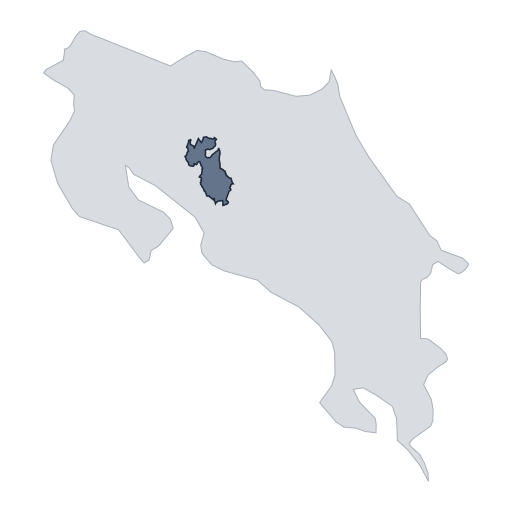 location of San Ramon, Alajuela, Costa Rica
{"feature_id": "36466004B75539048151546", "entity_name": "San Ramon", "entity_type": "district", "adm_level": 2, "iso_a3": "CRI", "parent_name": "Costa Rica", "parent_adm1": "Alajuela", "projection": "robinson", "projection_center": [-84.596, 10.217], "detail": "fine", "context": "in_parent", "style": "filled", "palette": "slate", "viewbox_px": 512, "rotation_deg": 0, "n_neighbors": 0, "source": "geoboundaries", "source_scale": "gbopen_adm2", "svg_char_len": 7346}
<svg xmlns="http://www.w3.org/2000/svg" viewBox="0 0 512 512"><path d="M468.4,263.7L467.7,266.4L465.5,269.2L462.3,272.0L458.2,273.9L448.1,268.1L438.2,261.5L432.7,264.6L430.7,273.1L427.0,277.5L422.5,279.3L420.6,282.1L420.2,311.1L420.6,338.3L428.1,339.0L440.6,348.4L445.9,354.0L447.6,359.1L446.1,361.7L436.9,367.6L428.0,375.1L423.6,384.5L431.4,399.7L433.1,410.0L432.8,420.8L430.7,426.0L413.4,438.4L409.6,442.7L410.1,445.8L419.6,454.4L424.2,462.7L427.9,472.6L428.5,481.3L419.8,465.2L407.8,449.9L397.4,440.5L396.6,418.5L392.4,406.5L376.7,395.5L363.3,387.8L353.3,389.4L359.4,402.0L375.2,418.3L376.2,424.5L376.0,432.8L365.2,431.5L355.6,428.1L343.9,427.1L336.2,422.1L319.7,402.7L331.4,386.2L335.0,375.3L334.7,352.8L332.0,341.9L319.3,325.3L299.1,307.1L270.9,292.2L257.6,280.2L224.5,271.0L212.0,264.9L202.1,253.6L200.7,245.5L204.1,233.0L195.0,217.1L155.6,185.8L133.6,174.3L128.9,167.6L125.4,165.5L128.8,187.0L138.4,200.0L163.5,212.2L170.4,219.2L173.2,228.4L158.6,246.0L151.2,250.5L149.0,260.1L144.2,263.0L139.2,257.4L118.8,229.9L79.4,216.6L72.3,208.5L57.7,183.4L50.9,160.4L53.4,145.0L69.6,121.2L74.6,110.8L73.6,104.3L74.2,94.9L68.1,88.3L53.2,79.8L43.6,72.9L46.2,69.5L63.4,60.2L64.5,51.9L64.4,49.1L67.2,48.5L69.7,46.3L71.3,44.0L75.9,36.0L80.0,31.4L84.8,30.7L90.5,34.1L112.1,42.7L136.2,52.3L170.4,66.0L184.6,57.2L196.8,50.5L205.3,51.5L223.7,59.3L234.8,61.8L241.6,61.0L253.3,72.4L259.8,81.0L260.8,86.7L264.4,89.8L273.6,90.5L296.0,96.3L309.7,95.2L322.2,89.0L329.1,81.7L331.2,70.0L334.3,75.8L338.0,84.8L339.7,96.4L355.9,135.2L368.8,157.0L397.0,196.5L409.2,203.8L429.9,235.6L437.0,240.9L441.1,250.3L462.4,258.0L468.4,263.7Z" fill="#d9dde1" stroke="#a8b0b8" stroke-width="1"/><path d="M231.0,178.2L230.6,178.3L230.4,178.4L230.2,178.3L229.8,178.2L229.6,177.9L229.3,177.7L228.8,177.6L228.6,177.4L228.2,177.2L228.1,176.8L227.9,176.7L227.7,176.3L227.1,176.1L226.8,175.8L226.6,175.4L226.4,175.5L226.4,174.9L226.0,174.8L225.8,174.6L225.8,174.0L225.9,173.8L225.9,173.5L225.8,173.3L225.6,173.2L225.7,172.9L225.5,172.7L225.3,172.7L225.3,172.3L225.3,172.0L225.1,171.8L225.0,171.7L224.8,171.5L224.8,171.4L224.9,171.1L224.7,171.1L224.3,171.0L224.2,170.8L223.8,170.6L223.5,170.5L223.4,170.2L223.2,170.1L223.2,169.8L222.7,169.4L222.4,169.4L222.0,169.1L221.7,169.1L221.4,168.8L221.1,168.8L221.0,168.6L220.6,168.6L220.2,168.5L220.2,168.3L220.4,168.0L220.3,167.5L220.1,167.3L220.0,167.0L220.1,166.5L219.9,164.9L220.0,164.5L220.1,164.4L220.1,164.2L219.8,162.8L219.7,162.6L219.5,161.4L219.5,161.0L219.4,160.7L219.2,160.0L219.4,156.2L219.7,155.0L220.0,154.4L220.1,153.1L219.8,152.6L219.8,150.9L219.1,149.3L218.9,148.6L218.8,148.4L218.6,148.4L218.5,148.5L218.3,149.2L218.1,149.7L218.1,150.1L217.5,150.8L217.0,151.2L216.2,151.5L215.0,152.7L214.2,153.3L213.2,153.9L212.9,154.3L212.1,154.9L211.8,155.3L211.4,156.1L211.1,156.5L209.9,157.7L209.4,157.7L208.7,157.6L206.8,157.6L206.3,157.2L205.5,156.2L205.4,155.5L205.3,154.6L205.3,154.2L205.5,153.9L205.6,153.2L205.6,152.9L205.4,152.3L205.4,151.8L205.4,150.2L205.5,149.8L206.6,149.8L207.3,149.3L207.4,149.1L207.6,149.0L208.0,149.0L208.3,149.2L209.1,149.4L209.3,149.5L209.6,149.6L210.0,149.6L210.1,149.4L210.4,149.2L210.9,149.1L211.4,148.8L212.1,148.7L212.6,148.6L212.8,148.4L212.9,148.1L213.6,147.3L214.0,146.9L214.4,146.7L215.0,146.2L215.1,145.8L215.5,145.3L215.6,144.4L215.6,143.6L215.4,143.2L215.1,142.8L215.0,142.5L215.0,141.3L215.2,140.8L215.6,140.0L215.7,139.9L216.3,139.7L216.5,139.5L216.5,139.3L215.9,138.8L215.7,138.8L215.6,138.6L215.2,138.5L215.1,138.2L214.9,137.8L214.7,137.8L214.3,137.6L214.2,137.9L214.3,138.5L213.6,138.8L213.3,139.0L211.8,139.0L211.7,138.9L211.7,138.7L211.3,138.5L210.8,138.4L210.1,138.4L209.9,138.3L209.4,138.3L209.1,138.5L208.9,138.5L208.5,138.1L207.4,137.6L207.3,137.4L207.0,137.1L206.6,136.9L206.2,136.8L205.6,136.9L205.1,137.0L204.8,137.1L203.5,137.3L203.3,137.4L203.2,137.7L203.2,138.0L203.3,138.2L203.3,138.7L203.2,139.3L202.5,140.0L202.5,140.5L202.2,141.1L202.1,141.4L201.5,142.0L201.2,142.5L198.4,138.6L194.3,148.1L194.2,148.0L194.2,147.6L193.8,147.0L193.6,146.6L193.6,146.1L193.0,145.6L192.4,145.5L191.3,144.8L190.8,144.9L190.7,144.7L190.2,143.0L190.2,142.6L190.4,142.2L190.3,141.4L190.7,140.6L190.9,140.2L190.8,139.8L190.6,139.6L190.3,139.6L190.0,140.1L189.2,140.1L188.6,140.6L188.5,140.8L188.5,142.5L188.2,143.3L187.7,144.3L187.3,145.7L186.9,146.4L186.6,146.9L186.7,147.3L186.9,147.6L187.2,147.9L187.7,148.0L187.8,148.2L188.1,149.7L188.1,150.3L188.4,150.9L188.4,151.5L187.9,151.8L187.6,151.9L187.4,152.0L187.3,152.5L187.0,152.9L187.0,153.5L186.7,154.2L186.7,154.4L186.3,155.3L185.7,156.1L185.3,156.1L185.0,156.3L185.2,156.7L185.5,157.2L185.6,157.6L186.0,158.2L186.0,159.2L186.3,159.5L186.5,160.4L186.9,160.7L187.1,161.2L187.4,161.5L188.1,162.2L188.4,162.2L188.5,162.7L188.6,162.9L188.6,163.6L188.6,164.5L188.8,164.8L189.1,165.2L189.9,165.7L191.1,165.9L191.6,166.1L191.9,166.0L192.2,166.0L192.8,166.3L193.1,166.3L193.2,166.0L193.3,165.9L193.7,165.8L193.9,165.7L194.2,164.9L194.2,164.6L194.0,164.1L194.0,163.9L194.1,163.7L194.3,163.7L194.6,163.9L195.1,163.9L195.2,164.1L195.3,164.2L196.3,164.6L196.6,164.6L197.3,163.6L197.4,163.3L197.5,162.7L198.4,162.0L198.8,161.5L199.0,161.5L199.6,161.7L199.8,161.9L200.2,162.1L200.2,163.4L200.8,164.1L200.8,164.4L200.8,164.8L201.1,165.3L201.2,165.8L201.6,166.1L202.4,167.2L202.4,167.3L202.2,167.8L202.1,168.2L202.2,168.4L202.6,168.6L202.2,169.1L202.0,169.4L202.0,170.7L202.2,171.2L202.2,171.6L201.9,172.0L201.7,172.6L201.7,174.0L201.6,174.3L200.9,174.8L200.2,175.6L199.2,177.0L199.4,177.2L199.8,177.3L200.7,177.3L201.0,177.5L201.3,177.6L201.5,178.1L201.4,178.9L201.1,179.2L201.0,179.8L200.9,180.1L201.0,180.4L201.4,180.7L201.4,181.1L201.3,181.4L201.1,181.7L200.8,182.0L200.4,182.3L200.3,182.7L200.6,183.1L200.7,183.5L200.6,184.3L200.7,184.5L201.2,184.8L201.6,185.6L201.8,186.5L202.1,186.8L202.4,187.1L202.6,187.2L203.1,188.0L203.5,189.1L203.8,190.0L204.1,190.5L204.2,191.0L204.7,191.3L205.2,191.4L205.2,191.8L205.3,192.1L205.6,192.4L205.7,193.1L206.0,193.3L206.1,193.5L206.3,194.7L206.5,195.5L206.7,195.8L207.5,196.2L208.1,196.1L208.4,196.0L208.8,196.2L209.2,196.2L209.4,196.2L209.6,196.9L210.4,197.3L210.7,197.7L211.1,198.0L211.4,198.5L212.2,198.7L212.5,198.9L212.6,199.2L213.2,199.8L213.7,199.7L213.8,199.5L214.0,199.4L214.1,198.4L214.3,198.4L214.4,199.5L214.2,199.8L214.3,200.1L214.3,200.4L214.6,200.7L214.6,201.1L214.8,201.7L215.1,201.8L215.3,202.3L215.3,202.6L215.2,203.1L215.4,203.3L215.5,203.7L215.8,203.1L216.0,202.7L216.7,202.3L217.2,201.7L217.5,201.5L218.6,201.0L219.1,200.8L219.6,200.8L219.8,201.0L220.3,201.0L221.4,200.6L221.5,200.6L222.1,200.8L222.3,200.8L222.5,200.6L222.9,201.1L222.9,201.4L222.8,202.0L222.9,202.3L223.0,203.8L223.0,204.2L222.7,204.6L222.7,204.8L222.9,205.3L223.0,205.5L223.3,205.5L224.0,205.1L225.3,204.6L226.4,204.3L226.8,204.1L227.0,203.8L227.4,203.7L227.5,203.6L228.0,203.0L228.3,202.9L228.3,202.4L228.0,201.5L227.4,201.1L227.0,200.7L226.3,200.5L226.2,200.3L226.3,200.0L226.4,198.3L226.7,197.7L226.8,197.5L227.0,197.0L227.3,196.5L227.6,195.0L227.8,194.7L228.3,193.6L228.5,192.8L229.2,191.0L229.4,190.8L230.1,190.7L230.8,190.0L230.7,189.2L230.6,188.7L230.4,188.3L229.9,188.2L229.5,187.9L229.6,187.7L229.7,187.4L229.9,187.2L229.9,186.8L230.0,186.6L230.6,186.3L230.8,186.0L230.7,184.9L231.0,184.5L231.3,184.5L231.9,184.0L233.0,183.8L233.3,183.8L232.3,182.5L231.0,178.2Z" fill="#64748b" stroke="#1e293b" stroke-width="1.5"/></svg>